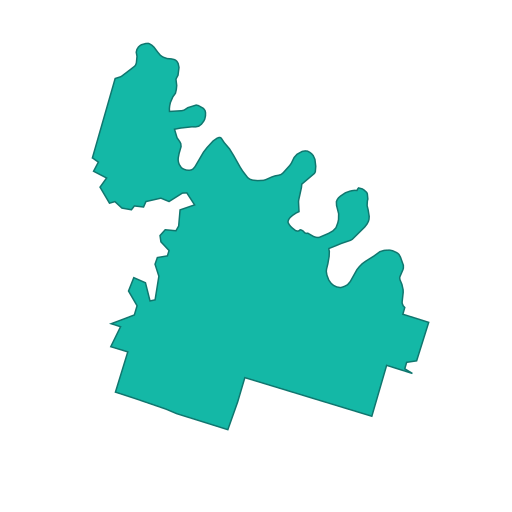 the district of Desha, Arkansas, United States of America, rotated 286°
{"feature_id": "52423323B73294334838827", "entity_name": "Desha", "entity_type": "district", "adm_level": 2, "iso_a3": "USA", "parent_name": "United States of America", "parent_adm1": "Arkansas", "projection": "orthographic", "projection_center": [-91.105, 33.818], "detail": "fine", "context": "isolated", "style": "filled", "palette": "teal", "viewbox_px": 512, "rotation_deg": 286, "n_neighbors": 0, "source": "geoboundaries", "source_scale": "gbopen_adm2", "svg_char_len": 3419}
<svg xmlns="http://www.w3.org/2000/svg" viewBox="0 0 512 512"><g transform="rotate(286 256 256)"><path d="M387.8,71.7L305.2,71.7L305.2,71.8L302.8,78.6L292.7,76.5L289.8,90.9L279.2,87.1L266.4,100.6L269.4,105.4L265.1,113.9L266.1,123.5L270.6,125.3L272.1,134.4L278.0,135.2L285.4,148.6L284.4,157.4L296.2,167.9L297.6,172.1L288.2,182.9L279.4,170.3L263.5,173.4L258.2,172.1L256.2,161.5L249.2,158.1L243.4,160.7L237.3,170.9L231.7,170.8L227.3,161.6L220.3,161.2L209.8,168.2L186.0,171.1L183.6,166.5L199.8,157.1L201.5,144.5L187.2,143.1L175.4,155.4L165.8,155.3L151.0,135.5L150.7,145.3L128.8,141.4L128.5,159.2L86.4,158.4L85.7,178.7L84.0,211.7L82.6,223.2L81.3,276.8L110.6,278.6L136.0,278.8L133.9,411.5L186.9,411.7L186.2,438.7L188.6,430.1L195.3,430.1L199.5,439.3L239.8,440.3L240.5,413.2L247.5,413.2L248.7,411.2L250.9,409.5L252.3,409.1L261.6,407.5L264.1,406.7L268.9,404.1L272.9,400.9L274.4,400.2L275.5,400.0L283.3,401.0L285.0,401.0L287.7,400.2L294.7,395.2L296.9,393.0L297.7,391.4L298.1,389.9L298.7,385.9L298.5,382.9L297.5,379.8L296.7,377.6L294.3,373.9L288.5,369.4L281.5,363.1L278.0,360.3L274.3,358.3L270.7,356.8L257.5,353.7L253.6,351.9L251.6,349.9L249.8,347.5L248.9,345.9L248.5,342.1L249.1,338.7L250.4,335.8L252.8,332.7L257.2,329.4L260.6,327.8L263.0,327.4L268.4,327.2L275.7,326.4L280.7,325.2L282.4,324.2L283.3,324.0L291.7,334.7L297.2,342.6L298.7,344.0L313.8,352.5L317.3,353.9L320.3,354.5L322.4,354.5L325.2,353.9L331.0,351.2L335.1,348.9L339.5,347.9L341.6,347.8L346.4,345.9L347.6,344.9L349.2,341.7L349.8,339.6L349.7,335.8L348.2,335.2L346.8,335.0L346.3,332.7L345.3,330.4L344.2,328.4L341.4,324.5L336.9,320.7L334.7,319.3L332.7,318.6L330.4,318.3L326.8,319.5L319.4,323.8L313.7,325.3L310.4,325.5L305.2,325.1L301.3,323.0L297.8,319.6L291.5,311.9L290.9,310.6L290.5,308.5L290.6,306.0L292.2,299.5L291.6,298.1L291.6,296.8L293.1,294.1L293.5,291.8L293.2,291.1L292.0,290.3L291.4,289.2L291.3,287.1L292.9,283.2L294.0,281.1L295.2,279.4L297.0,277.6L297.9,277.3L299.9,277.3L302.3,278.1L305.2,280.0L308.4,282.7L310.5,285.1L319.9,281.9L321.6,281.6L334.3,280.8L337.7,280.2L351.5,289.4L353.3,289.8L358.7,288.7L365.1,286.0L368.3,283.3L369.6,281.3L370.5,279.0L371.0,276.6L370.6,274.4L369.3,271.6L365.1,267.4L361.2,265.5L354.9,264.4L352.3,263.5L343.5,259.2L341.3,257.7L339.9,255.6L338.3,252.3L336.3,249.4L332.1,244.4L330.8,242.4L328.9,236.8L328.0,231.9L328.1,228.9L329.1,226.3L334.0,219.7L337.0,216.3L346.4,206.8L351.7,201.0L356.2,194.2L359.6,190.2L360.0,189.3L359.8,187.9L358.5,186.1L354.8,183.1L346.8,179.1L341.3,176.9L325.2,172.8L324.9,172.7L322.3,171.5L321.0,170.2L320.0,168.3L319.4,165.5L319.5,163.2L319.8,161.4L320.4,159.8L322.8,157.0L324.8,155.6L326.8,154.7L328.9,154.2L333.4,153.8L340.5,153.8L343.3,152.7L344.9,151.2L347.9,147.5L355.4,142.7L358.1,148.0L362.5,158.7L363.5,162.4L365.0,165.2L367.7,167.2L371.3,168.6L373.5,169.0L376.8,168.8L379.8,168.0L381.5,167.1L382.7,165.8L383.5,164.4L384.7,159.2L384.6,156.9L379.8,149.6L376.4,146.7L375.2,144.6L371.1,133.0L373.8,132.1L376.7,131.6L379.9,131.4L386.1,132.2L390.2,133.7L394.1,133.5L398.0,132.8L403.7,130.4L404.6,130.4L408.3,131.2L416.0,130.0L419.6,128.1L421.3,126.3L422.1,124.6L422.3,123.1L422.1,120.1L421.3,116.2L421.5,112.4L421.9,110.6L422.6,108.7L424.8,105.4L428.6,100.4L429.9,97.8L430.6,95.2L430.7,93.9L429.9,91.5L427.5,87.6L426.4,86.6L424.5,85.4L421.7,84.6L418.9,84.7L415.1,86.6L408.5,87.8L406.3,87.6L404.9,87.0L392.2,77.6L391.0,76.5L387.8,71.7Z" fill="#14b8a6" stroke="#0f766e" stroke-width="1.5"/></g></svg>